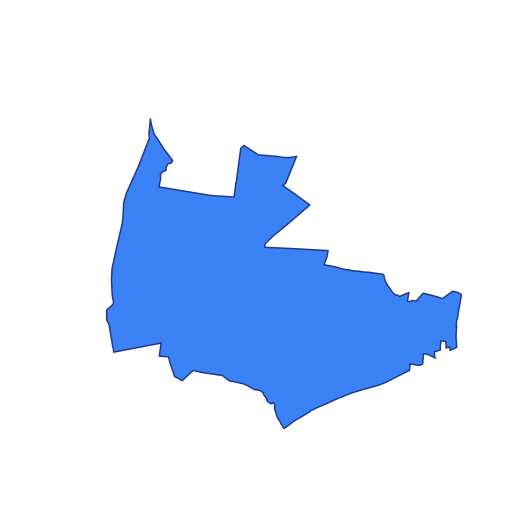 the district of Zacatelco, Tlaxcala, Mexico, rotated 65°
{"feature_id": "50627088B32824075530997", "entity_name": "Zacatelco", "entity_type": "district", "adm_level": 2, "iso_a3": "MEX", "parent_name": "Mexico", "parent_adm1": "Tlaxcala", "projection": "mercator", "projection_center": [-98.258, 19.197], "detail": "fine", "context": "isolated", "style": "filled", "palette": "blue", "viewbox_px": 512, "rotation_deg": 65, "n_neighbors": 0, "source": "geoboundaries", "source_scale": "gbopen_adm2", "svg_char_len": 6060}
<svg xmlns="http://www.w3.org/2000/svg" viewBox="0 0 512 512"><g transform="rotate(65 256 256)"><path d="M164.0,359.8L170.0,363.5L187.4,377.2L206.3,391.6L216.5,397.1L231.2,403.0L237.7,404.7L239.1,405.8L240.1,408.0L241.6,413.6L242.4,414.4L243.7,415.2L247.4,416.6L249.6,417.9L251.2,418.3L253.6,418.3L255.5,418.1L257.6,418.5L260.4,419.4L263.3,420.2L265.5,420.8L268.0,421.6L271.5,422.4L276.4,423.8L280.9,424.8L282.9,425.6L283.1,425.0L283.2,424.7L283.7,422.9L283.8,422.4L284.1,421.1L284.5,419.6L285.2,416.7L285.3,416.1L285.7,414.5L286.1,412.9L286.5,411.5L286.6,411.0L286.7,410.7L286.9,410.0L287.3,408.5L287.6,407.3L288.1,405.2L288.8,402.6L289.4,400.1L289.9,398.2L290.0,397.9L290.4,396.3L290.6,395.3L291.1,393.4L291.5,391.7L291.8,390.3L292.3,388.7L292.6,387.5L293.3,384.8L293.9,382.6L294.8,378.8L296.4,379.8L298.6,381.2L300.4,382.4L303.2,384.2L305.9,385.9L306.2,385.3L307.2,383.7L307.5,383.2L308.2,381.8L308.9,380.5L309.2,380.1L309.7,379.0L310.2,378.3L310.6,377.9L311.5,378.1L313.9,378.6L314.7,378.8L315.4,378.9L316.5,379.1L318.3,379.3L319.6,379.4L321.3,379.6L322.6,379.8L324.2,379.9L325.7,380.0L326.8,380.2L328.1,380.3L329.0,380.5L330.1,380.5L331.0,380.6L332.0,379.8L334.1,378.1L334.6,377.9L335.2,377.5L337.6,375.7L337.9,375.6L337.8,375.3L337.2,373.6L336.1,370.4L334.2,364.7L333.2,361.5L334.5,359.5L338.5,354.5L340.2,352.0L342.4,348.7L343.6,347.0L344.2,345.7L346.9,341.8L348.1,340.1L349.5,337.6L350.8,336.6L354.1,334.9L355.4,334.3L357.9,332.7L359.0,331.7L359.6,330.7L360.1,329.7L361.0,328.5L362.8,326.2L365.2,323.2L365.8,322.1L369.0,319.2L369.9,318.4L374.2,315.5L375.9,314.3L376.3,314.0L377.3,312.5L379.0,310.1L379.6,309.3L380.4,308.7L382.2,307.6L383.2,307.1L383.6,307.3L384.5,307.7L385.0,307.6L385.7,307.5L387.7,307.1L389.1,306.7L390.0,306.7L391.3,307.1L391.7,307.2L392.4,307.0L393.6,306.6L395.0,305.6L395.8,305.2L396.4,304.6L396.6,303.9L396.1,302.8L396.2,302.2L396.6,302.0L397.1,301.9L397.7,301.8L398.8,301.9L400.1,302.6L400.6,303.0L401.7,303.6L403.1,303.7L405.2,304.1L405.8,304.3L407.2,304.3L408.4,304.6L412.9,304.8L415.2,304.3L419.8,304.1L421.8,303.7L422.8,303.8L423.8,303.7L423.9,303.4L424.0,302.7L423.7,300.5L423.0,297.3L422.9,297.0L422.9,296.8L422.4,294.7L422.1,293.2L421.4,289.0L420.7,280.7L420.1,275.9L419.9,273.2L419.9,272.9L419.7,272.8L419.3,271.8L419.4,270.2L419.3,267.7L419.3,263.9L419.6,254.8L419.7,243.8L419.8,241.4L420.0,239.2L420.0,238.1L420.0,237.6L420.3,231.4L420.7,226.0L421.2,222.4L422.2,215.3L423.0,211.1L423.2,210.0L423.8,205.9L423.9,205.3L424.4,202.6L424.5,201.9L425.1,197.6L425.3,193.1L425.2,186.5L425.0,182.3L424.9,179.4L424.7,173.7L424.5,169.9L424.5,168.1L424.5,165.3L423.7,164.8L422.2,163.9L419.0,162.0L420.1,160.3L420.8,159.3L424.3,154.0L424.3,152.3L424.3,150.6L421.0,148.7L415.4,145.5L417.0,142.8L417.8,141.8L419.0,140.7L419.9,140.1L423.5,137.2L423.9,136.8L423.3,136.9L418.2,134.8L419.1,128.8L419.1,128.6L417.9,128.1L416.1,127.3L415.2,126.8L413.7,126.2L413.8,125.8L411.1,124.2L411.9,123.0L412.9,121.5L413.8,120.1L419.7,122.5L420.6,118.8L423.6,119.9L423.6,115.9L423.6,114.1L423.7,112.9L422.6,112.4L418.3,110.6L416.1,109.8L413.9,108.9L409.2,106.5L404.8,104.0L404.4,104.3L398.1,100.7L398.1,100.1L394.9,98.0L390.5,95.0L388.8,93.8L387.6,92.9L385.3,91.4L384.2,90.6L380.9,88.3L378.8,86.8L378.2,86.4L377.6,86.4L377.0,86.6L376.2,87.0L373.3,89.7L372.4,90.7L371.7,91.9L371.1,92.6L371.2,93.1L371.2,93.5L371.4,94.5L372.1,98.2L373.0,102.6L373.3,103.8L373.4,104.6L373.5,104.8L372.9,105.4L368.1,110.8L367.2,111.8L367.1,112.0L365.0,114.5L360.4,120.2L361.2,122.1L362.3,124.6L363.4,127.2L363.7,127.8L364.1,128.7L364.4,129.5L364.6,130.0L362.4,133.0L362.3,133.3L362.5,135.3L362.5,135.6L362.3,136.0L361.8,136.8L360.9,137.8L354.9,133.7L354.1,133.2L353.8,133.0L353.4,138.7L353.4,141.5L353.4,142.5L353.5,142.9L352.1,143.6L349.4,146.6L347.5,147.4L345.0,148.0L342.7,148.3L339.3,149.0L336.9,149.2L336.1,149.3L333.0,149.4L330.6,148.9L329.6,148.8L327.9,148.4L326.8,148.3L326.1,148.9L325.3,150.0L324.6,151.4L322.5,154.3L321.7,155.7L319.9,158.4L318.8,159.9L317.8,162.1L317.3,162.6L316.3,164.8L313.6,168.6L312.7,170.4L311.8,171.7L311.1,173.4L308.8,176.4L307.9,177.6L306.0,180.6L304.9,182.3L304.4,182.9L303.7,183.8L301.4,186.4L298.9,189.3L296.3,192.9L292.7,198.0L291.9,197.2L286.7,192.0L281.6,188.4L266.1,217.2L251.8,244.4L249.4,243.0L248.8,242.5L245.1,232.1L241.2,216.6L233.6,189.5L232.4,185.7L218.5,193.4L216.9,194.2L207.2,199.8L203.2,201.9L203.0,199.9L202.5,198.2L182.9,177.2L180.8,184.6L180.7,184.5L180.3,185.6L180.1,185.8L179.3,187.4L178.8,188.3L178.6,188.8L178.2,189.5L176.2,192.8L175.5,193.4L172.7,198.2L170.6,202.3L170.0,202.9L167.5,207.4L165.3,211.2L163.2,212.4L156.4,216.7L156.3,216.8L153.3,218.6L150.7,220.2L152.1,224.4L174.8,238.9L175.6,239.4L181.3,243.1L181.4,243.5L181.8,243.6L183.0,244.4L183.7,244.8L184.3,245.2L184.8,245.5L185.2,245.8L185.5,246.0L185.8,246.2L186.1,246.4L186.4,246.6L186.8,246.8L187.1,247.0L187.4,247.2L187.7,247.4L188.0,247.6L188.3,247.8L188.6,248.0L188.9,248.2L189.2,248.4L189.5,248.6L189.8,248.8L190.1,248.9L190.4,249.1L190.7,249.3L191.0,249.5L191.4,249.7L191.7,249.9L192.0,250.0L192.3,250.3L192.6,250.4L192.9,250.6L193.3,250.9L188.4,259.8L188.1,260.3L183.3,269.4L183.0,270.0L182.5,270.7L182.1,271.3L181.6,272.0L181.2,272.6L180.8,273.3L180.3,273.9L179.9,274.5L179.5,275.1L179.1,275.7L178.6,276.4L178.2,276.9L178.1,277.1L177.7,277.8L177.2,278.4L176.7,279.2L175.3,281.2L174.8,282.1L174.2,282.9L173.7,283.7L173.1,284.5L172.6,285.2L172.1,286.0L171.6,286.7L171.2,287.4L170.6,288.1L170.1,288.9L169.6,289.6L169.2,290.3L168.7,290.9L168.3,291.5L167.9,292.2L167.4,292.8L167.0,293.4L166.6,294.0L166.0,294.8L165.4,295.8L164.8,296.7L163.2,298.9L152.4,314.8L151.0,313.7L147.6,311.3L146.2,310.0L145.3,309.7L143.5,308.8L142.5,308.5L141.7,308.0L140.2,305.0L140.1,304.8L140.0,304.1L140.5,302.4L140.4,301.6L139.8,300.9L139.2,300.6L137.7,300.4L135.4,296.9L135.2,296.3L135.2,295.9L135.6,294.6L135.9,293.4L134.2,291.2L122.5,293.7L121.3,294.1L106.6,296.0L102.4,296.8L99.3,296.3L95.5,295.8L91.3,295.0L86.7,293.6L90.4,295.7L99.6,301.2L104.0,302.7L125.1,324.7L144.4,347.0L151.9,353.5L164.0,359.8Z" fill="#3b82f6" stroke="#1e3a8a" stroke-width="1.5"/></g></svg>